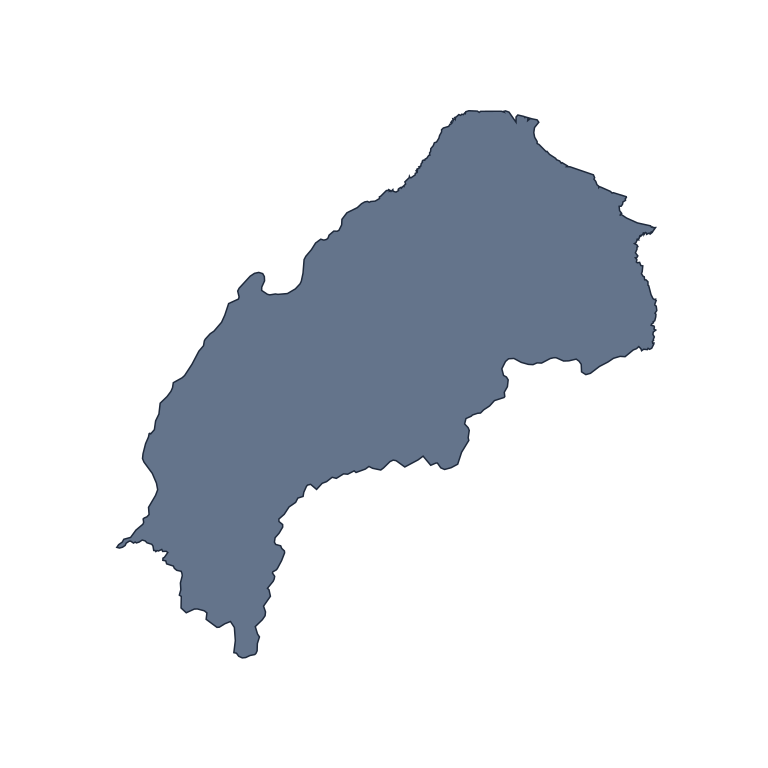 the district of Rioverde, Esmeraldas, Ecuador, rotated 43°
{"feature_id": "8360857B16857875434642", "entity_name": "Rioverde", "entity_type": "district", "adm_level": 2, "iso_a3": "ECU", "parent_name": "Ecuador", "parent_adm1": "Esmeraldas", "projection": "equal_earth", "projection_center": [-79.313, 0.83], "detail": "fine", "context": "isolated", "style": "filled", "palette": "slate", "viewbox_px": 768, "rotation_deg": 43, "n_neighbors": 0, "source": "geoboundaries", "source_scale": "gbopen_adm2", "svg_char_len": 6108}
<svg xmlns="http://www.w3.org/2000/svg" viewBox="0 0 768 768"><g transform="rotate(43 384 384)"><path d="M476.6,89.6L475.9,84.4L474.2,86.1L473.4,85.9L472.6,86.9L471.1,86.5L459.4,93.4L448.2,97.2L441.4,98.3L441.7,100.1L441.2,98.3L441.4,97.1L438.0,96.5L434.8,93.7L436.2,92.2L435.9,89.9L434.6,87.9L435.4,85.0L434.1,83.9L434.1,82.3L433.4,81.8L421.2,87.7L420.6,88.8L418.3,88.7L409.0,91.9L407.0,92.7L407.0,93.7L406.3,92.9L403.8,93.0L400.7,91.4L397.8,91.0L397.4,89.5L394.5,88.2L371.9,98.3L369.3,100.5L369.4,99.5L370.1,99.2L363.2,100.7L363.0,101.6L360.4,101.1L357.2,102.3L355.6,101.9L348.4,103.2L344.5,102.7L344.1,103.5L334.0,103.1L332.0,103.7L330.6,102.2L325.9,100.8L322.1,98.0L319.2,93.8L318.7,87.0L315.8,86.4L310.0,90.0L309.5,93.4L308.4,91.9L309.1,90.3L305.2,92.3L305.3,93.0L304.0,92.8L298.4,96.0L298.5,98.7L302.0,102.5L290.0,99.9L286.6,101.4L285.4,103.3L286.2,103.4L283.8,104.5L268.7,118.7L268.4,120.4L266.1,120.8L259.7,126.3L258.1,129.1L259.0,130.7L258.2,130.7L258.3,132.9L256.9,133.6L256.8,135.3L255.0,135.9L254.7,139.4L254.0,140.8L254.9,140.8L255.5,141.7L254.9,141.5L254.9,142.3L253.4,143.1L255.1,144.3L254.2,145.5L254.6,147.1L255.7,146.6L255.6,148.7L255.1,149.0L255.6,151.5L252.8,156.3L252.7,158.8L254.2,160.4L255.2,164.4L256.5,166.8L257.4,171.2L256.3,173.2L257.5,176.1L257.7,179.9L259.5,182.2L259.7,183.9L261.5,185.4L260.8,186.3L261.3,189.6L260.7,191.6L261.2,192.6L260.0,193.5L260.0,195.0L260.9,195.6L260.9,197.4L262.3,199.6L261.4,201.3L262.6,201.5L261.6,204.4L262.1,204.6L262.0,206.2L262.6,206.3L262.9,205.2L264.0,206.7L263.2,208.6L264.2,209.9L263.1,214.8L262.3,215.3L261.0,214.8L261.7,215.9L261.4,221.9L263.4,223.0L263.3,225.0L263.9,225.9L263.2,226.1L263.1,228.9L262.3,228.6L261.7,230.5L261.6,231.9L262.7,232.6L261.9,235.5L259.2,236.8L257.9,235.8L257.8,238.4L256.9,238.2L256.5,239.2L256.1,238.4L254.8,238.6L254.9,239.7L253.8,240.9L253.5,248.9L253.0,250.3L254.2,251.4L252.8,256.3L249.8,259.6L249.3,261.2L247.4,261.7L245.7,264.0L244.6,267.5L244.2,273.2L240.1,284.0L240.9,292.2L244.5,296.5L246.2,302.3L245.6,304.2L243.0,306.4L242.3,312.6L243.5,315.3L243.4,317.4L241.9,319.8L239.0,321.2L237.8,327.5L239.3,335.3L239.7,343.8L240.7,347.5L249.2,358.2L253.4,365.2L254.3,368.0L254.3,374.9L251.7,383.7L245.3,390.8L243.2,392.2L239.7,396.7L237.6,397.9L230.7,399.0L228.5,396.5L226.3,390.0L223.2,387.0L220.0,386.0L216.3,387.8L213.8,391.4L212.6,396.4L212.7,412.7L213.6,415.8L218.7,419.2L219.6,421.2L215.5,431.1L220.6,442.2L223.1,449.6L223.6,461.3L222.6,465.8L222.7,473.1L223.2,475.0L225.9,479.1L226.2,486.2L230.1,500.5L232.4,513.8L232.1,517.2L229.0,526.7L231.9,531.0L233.2,534.7L233.9,541.2L233.4,550.7L239.9,559.5L242.1,566.7L247.2,574.0L247.4,579.6L246.4,579.7L246.1,580.5L247.9,583.4L250.3,590.2L255.3,599.3L258.2,603.2L261.7,604.8L275.5,607.4L285.2,611.7L290.6,615.7L292.9,621.3L295.9,634.8L301.2,639.7L301.2,642.9L300.0,645.5L299.9,647.0L302.6,649.1L303.3,651.0L302.2,660.0L303.3,669.0L299.6,675.0L300.4,678.1L299.5,682.5L300.0,685.7L302.4,684.4L304.1,681.7L304.8,678.6L304.0,676.2L304.9,672.7L305.9,671.7L309.3,671.2L309.8,669.3L311.3,669.1L312.7,666.7L313.6,663.0L316.5,661.6L318.9,661.8L323.5,659.6L325.6,660.1L329.1,662.8L330.0,662.0L331.4,662.2L331.6,660.6L332.9,660.0L334.3,656.6L336.3,657.4L338.8,654.9L340.8,654.7L341.6,660.5L341.1,662.1L342.5,663.8L345.0,662.2L347.7,663.8L354.1,660.8L356.4,661.8L359.5,661.6L363.4,659.3L365.5,660.4L367.2,661.8L370.8,668.4L375.7,673.0L378.3,678.0L380.6,677.6L388.3,686.2L395.4,686.2L398.8,677.9L401.1,675.7L407.3,672.4L410.6,672.2L414.4,677.4L427.8,675.9L429.4,674.2L431.1,667.9L433.7,662.4L440.6,664.1L450.3,673.1L457.4,682.9L459.7,681.5L463.4,682.2L467.1,681.0L469.4,678.4L471.2,673.9L474.0,670.0L474.1,668.4L473.2,665.7L468.4,660.2L465.4,653.9L462.0,653.1L455.3,649.2L455.8,639.4L455.1,634.6L452.8,631.5L447.4,628.6L445.7,616.7L440.2,612.9L438.1,612.9L437.5,603.9L436.7,601.5L435.2,599.2L431.3,598.3L430.8,597.2L432.0,593.4L431.9,591.8L429.6,583.1L426.5,575.3L425.0,574.0L421.3,574.0L418.8,572.8L414.2,575.2L411.7,574.4L409.2,570.7L409.0,564.5L407.5,557.7L405.7,555.9L401.0,556.2L399.2,554.5L399.9,547.3L398.4,538.7L400.1,530.8L398.8,526.2L401.5,521.4L399.2,517.9L397.1,511.8L397.0,510.1L398.8,507.4L406.6,507.1L406.5,498.8L408.6,494.6L409.7,487.6L413.5,485.5L415.7,477.3L419.0,474.7L421.4,467.9L423.9,467.8L428.4,458.9L429.2,454.6L433.2,453.4L440.3,449.1L440.9,445.7L441.3,436.7L442.6,433.4L445.2,431.8L455.8,430.5L460.7,416.2L461.8,410.1L473.6,411.6L475.9,406.4L477.0,405.4L482.7,406.6L486.6,405.2L490.2,399.4L492.6,392.4L487.3,381.0L484.5,367.4L482.2,365.9L478.0,359.8L475.4,358.6L470.2,358.2L467.5,353.4L469.8,347.9L469.8,346.4L472.4,341.6L474.4,339.4L474.5,335.0L476.2,328.0L476.1,320.8L481.0,312.0L480.9,310.8L477.6,308.0L476.1,301.8L472.0,296.3L468.8,295.4L465.6,296.2L459.8,292.5L457.5,284.7L457.9,280.6L461.6,276.7L469.6,274.6L476.2,271.2L479.8,268.2L481.5,264.2L485.0,261.2L488.2,252.0L490.3,248.9L491.9,247.4L499.7,244.7L503.4,241.0L507.6,234.7L511.1,234.3L514.8,235.1L520.2,240.4L525.2,239.5L527.7,235.4L529.6,224.2L532.8,215.2L534.3,208.7L537.8,202.8L541.7,199.6L543.1,189.0L544.6,185.9L544.8,182.9L547.8,183.0L549.7,184.0L550.2,181.5L553.2,179.2L552.8,177.8L554.6,177.5L555.4,175.3L554.0,170.5L553.4,169.9L552.8,171.0L551.3,169.9L551.4,168.2L550.5,167.7L549.6,165.2L546.8,164.3L545.5,162.3L546.0,159.2L544.0,159.7L542.9,157.9L541.8,157.5L539.4,158.9L538.8,157.8L539.3,155.4L538.4,154.9L538.9,153.1L537.0,149.6L535.3,147.5L533.9,147.4L533.4,144.2L530.0,141.4L528.4,141.6L527.6,140.9L526.1,137.3L525.4,137.5L524.8,136.7L523.9,137.9L522.5,138.1L518.3,136.5L510.6,131.6L509.7,131.7L507.3,129.2L504.7,129.1L503.5,130.0L501.2,128.1L500.1,128.5L497.1,127.8L496.2,125.7L492.7,121.1L491.0,122.2L488.0,120.7L486.6,122.6L485.4,122.7L484.2,120.6L481.8,120.3L482.7,119.2L482.3,117.2L478.4,116.6L477.1,112.9L475.7,111.4L476.0,110.4L474.2,109.8L471.4,110.5L471.9,108.8L470.9,106.1L471.7,105.2L470.6,105.3L471.4,103.9L470.0,101.0L470.3,100.4L470.7,101.6L471.0,101.1L471.2,98.0L470.6,96.6L471.3,96.1L472.2,97.2L471.9,94.9L473.3,94.6L474.0,95.4L475.0,92.8L476.4,92.9L476.7,90.7L475.8,91.0L475.7,90.5L476.6,89.6Z" fill="#64748b" stroke="#1e293b" stroke-width="1.5"/></g></svg>